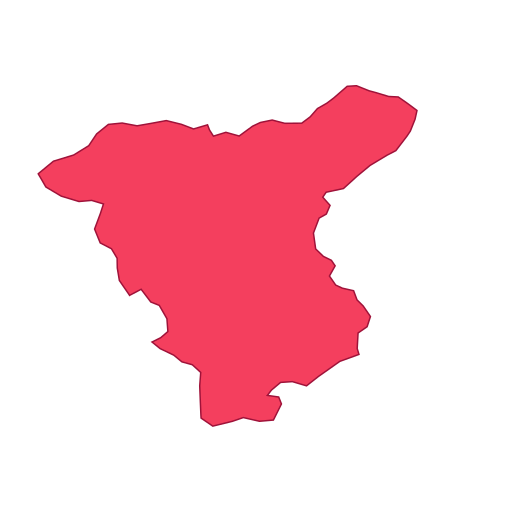 Värnamo, Jönköping, Sweden, rotated 256°
{"feature_id": "70781695B84556885124155", "entity_name": "Värnamo", "entity_type": "district", "adm_level": 2, "iso_a3": "SWE", "parent_name": "Sweden", "parent_adm1": "Jönköping", "projection": "orthographic", "projection_center": [14.133, 57.154], "detail": "fine", "context": "isolated", "style": "filled", "palette": "rose", "viewbox_px": 512, "rotation_deg": 256, "n_neighbors": 0, "source": "geoboundaries", "source_scale": "gbopen_adm2", "svg_char_len": 1494}
<svg xmlns="http://www.w3.org/2000/svg" viewBox="0 0 512 512"><g transform="rotate(256 256 256)"><path d="M358.4,447.3L367.3,440.0L375.9,432.5L378.7,423.3L385.5,411.9L389.0,405.6L396.9,394.7L398.6,385.5L390.5,369.6L387.1,361.6L384.2,351.3L377.9,342.2L373.8,332.5L377.8,316.0L384.0,304.6L384.5,292.6L382.8,284.1L376.5,268.7L383.3,256.7L382.6,243.7L389.4,241.4L395.0,240.7L394.4,226.1L401.8,215.5L409.1,201.7L410.1,185.8L411.1,172.1L417.4,158.3L419.4,144.6L413.0,130.9L403.5,120.4L398.1,103.5L397.0,82.4L388.5,64.6L388.3,64.6L383.6,66.0L373.8,68.8L361.2,81.5L351.7,97.4L349.7,110.0L343.4,120.6L334.9,115.3L321.2,105.9L306.4,108.0L298.0,117.5L287.4,120.7L277.9,118.5L265.3,117.5L248.5,123.8L248.4,123.8L251.5,136.5L236.8,142.8L231.5,150.2L216.7,154.4L204.0,152.2L199.8,143.8L197.7,134.3L189.3,140.6L179.7,152.2L171.2,158.5L165.9,167.9L156.4,174.2L143.7,170.0L127.9,166.7L114.7,164.0L112.0,163.5L101.4,172.9L101.3,193.0L102.3,204.6L94.8,219.4L92.6,233.2L106.3,244.9L113.7,243.9L118.0,233.3L122.2,238.6L127.4,249.3L125.3,260.9L117.8,273.6L124.0,287.4L133.5,311.9L135.6,332.1L141.7,331.8L156.6,336.4L160.5,346.7L169.6,352.4L181.6,347.9L189.0,343.4L198.7,342.3L203.9,332.0L208.5,326.3L218.8,322.4L227.3,330.4L233.6,328.1L239.3,321.3L248.4,315.6L264.4,317.3L277.5,326.4L279.7,334.4L287.2,340.1L296.9,335.0L300.9,339.5L300.3,357.2L308.9,373.2L316.3,388.6L322.1,407.5L324.4,417.2L335.8,431.5L339.9,436.0L350.2,443.4L358.2,447.4L358.4,447.3Z" fill="#f43f5e" stroke="#9f1239" stroke-width="1.5"/></g></svg>